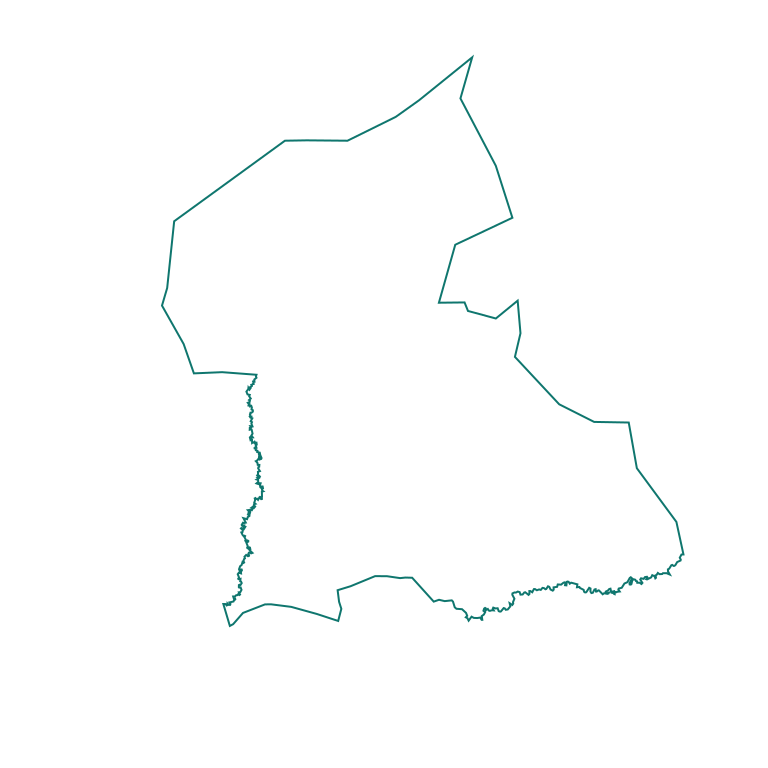 outline of Xongor, Darhan-Uul, Mongolia, rotated 250°
{"feature_id": "93677404B92664087509678", "entity_name": "Xongor", "entity_type": "district", "adm_level": 2, "iso_a3": "MNG", "parent_name": "Mongolia", "parent_adm1": "Darhan-Uul", "projection": "orthographic", "projection_center": [106.116, 49.386], "detail": "fine", "context": "isolated", "style": "outline", "palette": "teal", "viewbox_px": 768, "rotation_deg": 250, "n_neighbors": 0, "source": "geoboundaries", "source_scale": "gbopen_adm2", "svg_char_len": 6166}
<svg xmlns="http://www.w3.org/2000/svg" viewBox="0 0 768 768"><g transform="rotate(250 384 384)"><path d="M416.6,538.1L407.3,511.5L423.9,487.9L433.1,487.6L441.6,463.4L490.5,498.6L496.3,561.5L550.8,563.7L626.2,553.5L660.8,578.6L638.6,513.9L631.0,486.4L625.1,432.9L639.4,394.7L646.5,374.1L608.7,242.5L548.4,213.1L533.6,202.2L490.1,209.4L459.0,209.0L450.5,235.9L436.3,267.3L435.1,266.3L433.5,266.3L432.6,263.7L430.6,263.1L431.6,261.3L430.5,262.0L428.6,261.5L428.9,260.5L428.3,259.8L428.5,259.1L427.3,259.1L426.9,257.3L425.9,257.4L424.7,255.7L426.8,255.3L425.6,254.7L423.9,252.1L420.9,252.2L419.7,254.1L418.6,253.1L415.9,253.8L415.1,251.7L414.2,252.3L413.0,251.5L412.9,249.6L411.3,250.2L410.1,249.3L409.7,249.9L410.3,250.7L408.7,250.5L408.8,251.8L407.1,251.8L405.4,250.8L404.2,251.8L402.9,251.3L402.3,249.6L402.7,248.7L401.2,247.6L400.4,247.9L399.5,246.7L398.3,247.0L398.3,248.1L397.5,247.7L396.8,248.5L394.6,246.0L393.3,246.9L392.1,245.8L389.3,245.9L390.1,244.0L388.6,244.3L388.7,242.9L387.0,242.2L386.9,243.6L386.2,244.0L382.3,243.5L381.0,241.8L378.6,242.5L379.0,240.4L380.0,240.4L379.7,239.7L377.0,239.4L377.3,240.3L376.8,240.9L373.7,239.9L374.0,241.1L373.3,241.7L373.9,242.7L372.8,242.9L372.5,244.1L370.7,243.7L371.0,242.6L368.5,242.4L369.0,241.9L368.1,241.3L368.0,239.6L367.4,241.6L365.6,240.9L364.6,242.2L363.5,241.6L362.7,242.9L361.5,242.6L361.6,243.7L359.3,243.4L360.0,242.5L358.0,241.5L357.2,242.5L358.1,242.9L358.1,243.5L356.3,243.6L355.6,243.0L355.6,241.1L356.8,240.7L355.4,238.4L355.3,237.2L353.2,238.1L351.2,237.7L350.6,239.2L348.9,238.4L348.8,237.5L347.8,236.9L344.6,237.6L344.6,235.5L342.3,234.8L341.6,233.8L340.4,235.4L339.3,235.7L338.8,234.8L339.7,234.0L339.6,233.1L338.3,234.0L337.8,231.8L337.0,232.9L335.0,232.3L334.2,230.2L332.9,231.8L333.3,233.3L332.9,234.1L331.3,232.8L329.2,232.5L328.3,233.1L329.5,234.1L329.2,234.9L327.3,234.6L326.8,233.3L325.5,233.1L324.5,233.8L324.6,232.4L320.1,230.9L320.0,229.5L318.7,230.3L317.7,229.9L317.8,229.2L320.1,228.2L318.2,226.0L319.7,225.4L319.7,224.1L320.8,224.0L320.7,223.4L319.1,223.3L316.8,221.4L315.4,222.2L315.5,220.9L314.8,220.3L312.9,221.0L311.9,219.2L313.5,218.7L313.0,217.0L312.2,217.8L310.6,216.7L311.0,215.9L310.6,214.8L311.6,214.8L312.0,212.9L310.5,213.5L309.5,212.8L309.7,214.1L309.3,214.4L307.9,213.4L307.5,211.9L306.7,212.7L306.0,212.4L305.6,210.5L303.8,209.1L306.0,206.0L301.0,206.7L301.2,204.9L301.9,204.1L300.3,202.1L299.6,202.1L299.0,204.0L297.6,202.4L298.0,204.2L297.3,204.9L295.5,202.6L297.4,200.7L297.2,200.2L294.9,201.4L293.2,200.3L293.3,199.2L290.5,199.5L289.0,200.1L289.1,201.1L288.6,201.5L287.6,200.5L284.8,200.9L283.7,199.4L283.9,200.5L283.3,201.2L283.6,202.3L282.9,202.8L282.3,202.5L282.1,200.4L278.1,200.5L276.9,199.4L275.2,200.5L276.3,200.9L276.5,201.7L276.1,202.1L274.1,201.8L273.5,201.0L270.3,202.6L270.3,201.2L271.4,200.3L271.7,199.3L270.6,198.3L269.3,198.7L268.6,198.2L268.7,197.2L270.5,196.0L269.4,193.8L267.7,193.7L267.3,192.5L265.6,191.4L264.1,191.5L263.9,190.6L265.0,190.1L262.6,188.3L262.0,186.5L259.5,184.4L257.6,184.5L258.6,186.1L258.4,186.8L257.6,186.8L256.4,185.3L254.9,184.9L256.3,183.0L255.3,181.5L251.8,181.6L250.8,180.4L250.2,180.8L250.0,182.5L247.8,181.4L247.2,182.1L245.6,182.2L244.2,180.4L244.8,179.6L244.7,178.9L242.7,178.1L242.2,178.3L241.9,179.7L239.3,179.7L237.6,177.8L237.9,176.4L235.4,176.7L235.2,175.9L236.5,175.3L235.7,174.1L236.1,172.9L235.3,171.3L235.9,169.6L233.4,169.5L233.2,170.7L232.5,170.6L231.8,168.8L231.1,168.2L231.6,164.1L229.9,164.5L229.1,163.9L229.6,162.4L231.2,161.8L229.8,161.2L229.7,160.4L231.4,159.9L232.2,157.8L209.4,156.4L209.9,160.1L217.1,173.2L217.6,196.8L215.6,202.5L206.3,220.6L190.9,242.2L177.0,259.9L187.3,267.0L194.7,267.3L206.1,269.9L205.4,283.4L206.5,309.9L202.4,321.0L196.1,332.7L194.8,337.9L192.3,344.2L162.5,356.3L162.4,361.9L159.2,366.8L157.5,373.7L155.9,374.4L150.0,374.1L148.0,375.2L145.7,380.3L140.9,382.8L137.7,382.9L136.8,381.1L135.4,382.3L132.7,382.6L135.4,386.7L133.5,388.4L132.2,391.5L131.6,394.5L129.0,395.1L128.8,395.7L132.5,396.5L133.2,399.0L135.1,401.1L136.9,399.9L138.7,401.3L139.0,402.4L138.4,402.9L136.7,402.4L137.1,404.6L135.3,405.0L134.6,405.9L134.5,408.0L133.7,409.7L135.7,409.4L136.5,410.2L134.9,412.1L134.4,414.1L131.3,414.1L130.4,415.2L130.3,416.1L132.5,419.8L131.9,420.7L130.2,421.2L129.8,423.2L131.9,426.7L135.0,427.1L132.5,429.0L133.4,430.3L134.9,430.6L137.6,433.1L142.1,432.5L143.3,433.1L143.5,435.2L142.9,436.7L143.2,438.7L142.0,440.3L139.4,440.2L138.8,442.3L140.1,444.5L140.0,445.5L136.4,447.7L136.9,448.8L139.7,449.8L139.3,450.8L137.6,452.1L140.0,454.7L139.7,455.7L137.9,457.1L137.9,459.5L136.9,460.9L138.2,463.2L137.5,464.5L135.9,465.5L135.9,466.4L137.8,468.9L136.9,469.9L133.9,470.2L132.1,471.9L132.7,473.1L134.9,473.8L134.2,477.3L136.2,478.7L134.9,481.8L135.9,484.7L135.8,486.0L134.7,486.3L133.0,485.3L132.4,486.5L135.6,488.1L135.6,488.9L135.0,489.8L132.8,490.3L133.3,491.9L129.6,497.2L127.0,495.8L126.4,498.2L125.3,498.4L122.3,501.2L120.3,501.0L119.4,501.6L119.1,502.4L119.4,503.2L122.3,507.1L121.2,508.1L118.3,507.0L116.6,507.4L116.4,508.8L118.9,511.5L118.8,512.7L116.5,512.2L116.2,512.9L116.8,514.8L116.5,515.4L111.6,517.6L112.1,519.3L110.4,522.1L110.4,523.3L111.0,524.0L111.2,521.3L112.0,520.8L113.1,521.4L113.3,523.7L114.3,525.5L114.2,526.8L110.2,526.3L109.7,527.0L110.8,527.9L110.6,529.3L108.1,528.4L107.6,528.9L109.7,529.9L108.8,531.3L109.0,532.0L108.4,534.5L110.6,533.9L111.5,534.6L111.2,537.7L114.3,541.7L114.5,544.9L117.7,548.6L118.0,549.8L116.5,550.6L112.7,546.5L111.6,546.3L111.1,547.3L111.4,548.1L114.6,550.2L115.1,551.9L114.1,553.2L112.6,553.4L112.0,554.3L110.6,554.0L109.9,556.2L108.0,557.5L108.7,558.8L112.6,557.9L113.5,559.1L112.1,561.3L113.3,563.2L112.9,565.2L112.0,565.4L110.9,563.7L110.4,564.3L110.9,568.9L112.6,570.7L110.8,572.5L108.6,572.5L108.9,573.3L111.3,573.7L111.4,574.9L112.8,576.7L111.1,577.8L110.3,580.4L110.8,581.4L109.6,584.8L107.2,587.4L110.7,586.8L112.7,587.4L112.9,588.8L115.4,592.0L115.4,593.0L114.0,593.9L113.8,594.7L114.1,595.8L116.4,598.6L116.7,602.3L117.5,602.8L119.6,602.5L122.0,605.2L121.4,607.1L154.4,611.6L218.4,592.8L264.1,600.8L276.5,568.5L305.0,541.7L364.7,516.3L385.0,529.6L416.6,538.1Z" fill="none" stroke="#0f766e" stroke-width="2"/></g></svg>